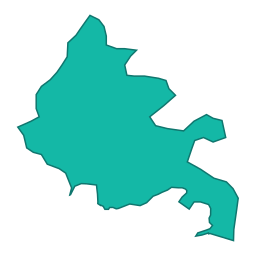 Lazanias, Nicosia, Cyprus
{"feature_id": "46923920B15304330642717", "entity_name": "Lazanias", "entity_type": "district", "adm_level": 2, "iso_a3": "CYP", "parent_name": "Cyprus", "parent_adm1": "Nicosia", "projection": "mercator", "projection_center": [33.218, 34.935], "detail": "fine", "context": "isolated", "style": "filled", "palette": "teal", "viewbox_px": 256, "rotation_deg": 0, "n_neighbors": 0, "source": "geoboundaries", "source_scale": "gbopen_adm2", "svg_char_len": 1487}
<svg xmlns="http://www.w3.org/2000/svg" viewBox="0 0 256 256"><path d="M206.5,114.6L194.0,121.2L183.6,130.9L167.4,128.6L155.6,125.7L149.7,116.8L163.7,105.7L175.5,95.3L168.9,88.7L166.0,80.5L158.6,78.3L144.6,76.1L134.3,76.1L126.9,75.3L124.7,65.0L130.6,56.1L136.5,50.2L124.7,48.7L116.6,48.7L106.3,45.0L106.3,36.1L104.0,26.5L98.9,19.8L90.0,15.4L86.1,20.8L80.5,28.7L76.0,35.3L67.9,42.8L67.2,56.8L62.0,65.0L56.9,72.4L50.2,79.8L41.4,86.4L36.2,94.6L36.2,108.6L39.2,116.8L31.1,121.2L17.8,127.1L23.7,135.3L26.7,147.9L33.3,152.3L41.4,154.5L47.3,164.2L59.1,168.6L65.7,173.1L71.6,187.9L69.8,195.0L70.5,194.7L74.8,186.2L81.2,183.6L86.5,183.8L96.5,185.0L96.9,188.9L97.5,194.0L97.9,201.8L97.8,203.6L100.3,205.3L100.4,205.0L103.2,206.3L104.9,209.3L108.5,209.3L109.6,207.5L112.9,207.4L116.2,208.8L118.1,208.5L120.3,207.7L129.7,204.0L140.1,205.6L146.6,202.7L153.1,196.2L158.1,194.3L162.0,192.3L167.6,190.0L171.5,187.3L178.7,187.8L182.3,187.8L185.4,189.0L186.8,190.5L186.6,193.0L182.1,197.1L178.9,201.8L189.2,209.1L193.0,203.4L194.2,201.9L200.4,201.9L208.6,204.5L210.7,208.5L210.6,215.1L209.1,218.1L209.5,222.5L212.5,225.4L210.0,228.7L206.3,230.1L197.8,232.9L195.8,236.1L199.2,235.5L202.0,235.0L208.4,233.0L208.6,233.8L210.1,233.5L233.5,240.6L233.8,230.1L233.8,229.7L236.7,209.3L238.2,198.2L233.0,188.6L226.4,181.9L213.9,178.2L200.6,169.3L187.3,161.9L191.8,148.6L194.7,140.5L203.5,137.5L213.1,142.0L225.7,137.5L222.0,120.5L213.1,118.3L206.5,114.6Z" fill="#14b8a6" stroke="#0f766e" stroke-width="1.5"/></svg>